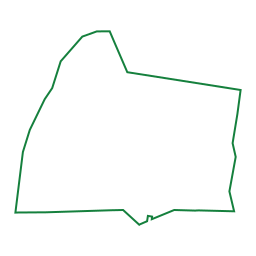 the district of Simpson, Kentucky, United States of America
{"feature_id": "52423323B1208711549143", "entity_name": "Simpson", "entity_type": "district", "adm_level": 2, "iso_a3": "USA", "parent_name": "United States of America", "parent_adm1": "Kentucky", "projection": "orthographic", "projection_center": [-86.578, 36.758], "detail": "fine", "context": "isolated", "style": "outline", "palette": "green", "viewbox_px": 256, "rotation_deg": 0, "n_neighbors": 0, "source": "geoboundaries", "source_scale": "gbopen_adm2", "svg_char_len": 503}
<svg xmlns="http://www.w3.org/2000/svg" viewBox="0 0 256 256"><path d="M15.4,212.6L18.1,212.5L46.1,212.3L112.9,210.2L113.7,210.2L123.1,210.0L139.2,224.7L139.3,224.6L147.1,221.2L147.9,215.9L152.1,216.6L151.8,219.2L174.2,210.0L195.5,210.6L196.3,210.5L198.6,210.4L234.1,211.3L229.4,191.4L235.7,156.9L232.6,143.2L237.4,114.0L240.6,90.0L127.3,72.2L114.4,42.3L109.7,31.3L96.8,31.4L82.3,36.6L60.7,61.3L52.2,88.1L44.7,99.2L29.8,129.9L22.9,152.0L15.4,212.6Z" fill="none" stroke="#15803d" stroke-width="2"/></svg>